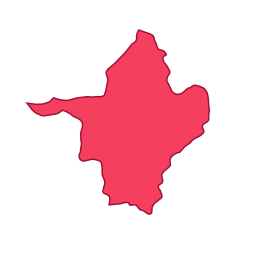 the Prefecture of Gunma, rotated 160°
{"feature_id": "JPN-3503", "entity_name": "Gunma", "entity_type": "Prefecture", "adm_level": 1, "iso_a3": "JPN", "parent_name": "Japan", "parent_adm1": "", "projection": "albers", "projection_center": [138.983, 36.504], "detail": "fine", "context": "isolated", "style": "filled", "palette": "rose", "viewbox_px": 256, "rotation_deg": 160, "n_neighbors": 0, "source": "natural_earth", "source_scale": "10m", "svg_char_len": 2590}
<svg xmlns="http://www.w3.org/2000/svg" viewBox="0 0 256 256"><g transform="rotate(160 128 128)"><path d="M136.6,39.6L138.2,40.2L139.2,41.3L139.8,42.0L140.9,43.8L141.5,44.7L142.4,45.5L143.1,45.9L143.3,46.0L144.4,46.9L145.1,48.0L146.6,52.6L147.9,53.6L149.5,54.0L150.9,54.2L152.8,55.0L153.1,57.7L154.4,58.4L157.1,59.2L160.3,59.3L172.0,62.2L169.4,67.2L168.9,69.1L169.3,71.0L170.8,73.0L172.2,74.2L173.2,75.2L173.3,76.7L173.0,77.7L172.0,79.0L171.0,80.7L169.7,82.3L168.5,84.2L168.0,86.3L168.2,92.4L167.6,94.8L165.9,99.5L165.2,102.4L165.0,104.8L165.8,106.8L169.7,109.6L171.4,110.5L172.7,111.0L180.6,112.0L182.3,112.9L183.6,114.4L183.9,116.6L183.5,118.4L182.7,120.1L181.2,121.4L180.1,123.2L179.8,124.3L179.1,125.6L178.0,127.3L177.2,128.9L176.7,130.7L176.4,132.8L175.4,135.4L174.8,137.9L172.8,141.5L171.8,142.7L170.4,144.9L169.8,145.9L169.4,147.0L169.2,148.7L169.5,150.4L170.2,152.1L171.5,153.8L175.5,157.8L176.6,159.9L177.8,161.6L180.9,165.1L183.2,166.9L185.1,166.8L186.9,166.1L188.7,165.8L191.5,165.9L202.9,168.2L205.2,169.4L209.6,173.8L211.7,177.5L214.4,185.9L205.9,181.5L199.6,179.6L193.1,179.4L187.6,181.8L183.7,178.8L179.5,176.3L174.9,174.5L165.0,173.6L155.4,171.3L150.9,169.3L150.1,168.8L148.1,168.7L142.8,166.7L139.3,166.6L138.9,167.0L136.4,170.2L131.1,178.9L130.4,180.6L130.1,182.4L130.1,184.2L129.9,186.7L129.0,188.5L126.9,190.1L118.7,193.1L105.5,199.4L95.4,205.6L92.9,206.1L91.1,206.9L89.9,208.1L89.1,209.4L88.6,211.1L88.6,211.3L88.6,211.5L86.5,214.5L84.4,216.4L74.7,208.5L72.9,206.2L72.6,204.4L72.9,202.8L73.1,201.0L72.7,197.4L72.9,194.0L72.8,192.1L71.3,190.6L69.6,189.4L67.7,187.6L67.1,186.0L66.8,183.9L67.8,183.3L70.1,183.3L71.1,182.2L71.7,180.5L71.7,177.4L70.4,173.8L69.6,169.2L69.4,166.6L70.2,165.1L72.7,163.3L74.1,161.7L75.1,160.0L75.5,157.8L75.1,156.4L74.9,155.5L74.3,147.9L73.2,145.2L71.3,143.3L69.1,142.4L67.1,142.1L65.1,142.3L63.3,142.8L59.8,144.4L57.8,144.8L55.5,144.6L53.1,145.4L51.3,145.5L49.7,145.0L45.7,142.0L43.1,139.3L42.1,137.0L41.6,133.8L41.9,131.3L42.5,128.1L44.6,121.0L45.4,116.9L46.3,115.2L47.3,113.5L48.0,112.1L48.5,110.7L48.9,109.0L49.7,107.8L51.0,106.9L56.0,105.7L57.3,104.5L58.0,102.8L57.7,100.3L58.0,98.5L59.1,97.4L60.6,96.8L63.7,95.9L68.7,95.3L71.9,94.5L73.2,93.5L75.3,92.6L79.5,91.6L82.0,90.6L87.7,87.5L90.5,87.8L93.8,87.4L97.2,86.1L99.0,84.5L99.8,82.6L100.9,78.5L102.8,77.3L109.9,74.7L111.6,73.2L112.6,72.0L113.1,67.7L113.5,66.2L114.5,64.9L119.0,63.5L119.8,62.3L119.7,60.4L119.1,58.1L119.2,53.1L119.8,51.5L121.0,50.7L128.9,48.2L131.5,46.3L131.9,45.9L132.8,44.6L134.0,41.7L135.0,40.0L136.6,39.6Z" fill="#f43f5e" stroke="#9f1239" stroke-width="1.5"/></g></svg>